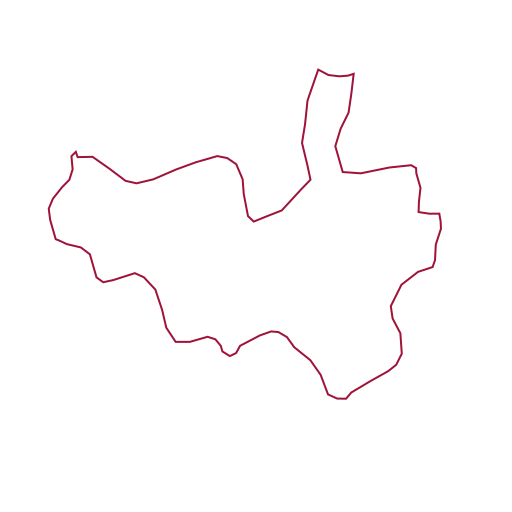 SVG path tracing the border of Sarajevo, rotated 254°
{"feature_id": "BIH-2890", "entity_name": "Sarajevo", "entity_type": "Canton", "adm_level": 1, "iso_a3": "BIH", "parent_name": "Bosnia and Herzegovina", "parent_adm1": "", "projection": "equal_earth", "projection_center": [18.322, 43.843], "detail": "fine", "context": "isolated", "style": "outline", "palette": "rose", "viewbox_px": 512, "rotation_deg": 254, "n_neighbors": 0, "source": "natural_earth", "source_scale": "10m", "svg_char_len": 1553}
<svg xmlns="http://www.w3.org/2000/svg" viewBox="0 0 512 512"><g transform="rotate(254 256 256)"><path d="M405.8,111.5L400.2,111.8L396.4,126.2L380.3,139.2L364.2,151.3L358.8,161.2L358.0,178.2L361.2,203.2L362.7,224.2L362.7,246.3L358.1,255.3L349.7,262.3L333.5,264.3L318.9,261.3L296.6,259.3L289.7,263.3L291.2,277.3L292.7,293.3L307.4,317.4L314.3,329.4L328.9,330.4L352.0,331.4L369.0,339.4L391.3,348.4L418.0,367.2L416.5,368.8L410.0,375.5L405.7,385.8L404.0,394.2L404.2,400.1L386.0,392.5L368.3,384.5L355.1,372.5L339.7,362.5L329.0,362.5L312.8,362.5L306.6,379.5L304.3,408.6L300.5,430.2L296.4,434.1L291.2,432.9L276.2,432.9L263.8,427.8L263.6,427.7L253.4,424.4L248.8,434.5L246.2,443.9L244.7,443.7L238.4,443.0L233.2,441.8L231.2,441.3L229.3,440.0L217.5,432.0L202.6,426.9L196.7,422.7L196.5,418.0L196.1,407.4L188.3,387.9L188.2,387.8L174.6,375.4L170.7,371.8L169.5,371.6L158.3,370.1L145.7,372.7L142.0,373.5L139.2,372.9L121.9,369.2L112.8,360.8L108.9,351.4L104.7,333.5L104.3,332.0L103.8,329.9L98.5,309.9L94.1,303.4L94.0,303.2L96.6,294.7L103.1,287.1L123.9,285.4L140.9,279.5L157.8,267.6L169.5,263.4L176.7,256.6L179.3,249.8L178.6,238.0L174.1,216.0L169.3,211.2L168.2,210.1L167.0,203.3L173.5,197.4L179.3,197.4L187.1,194.0L191.7,187.2L191.7,168.6L195.6,155.1L211.8,150.0L230.0,150.9L251.5,150.0L266.4,142.4L272.9,134.8L272.2,112.0L272.9,101.9L279.4,96.8L293.0,96.8L303.4,96.8L312.5,90.0L319.6,77.4L325.5,70.6L327.4,68.1L338.5,68.1L347.5,68.1L358.6,69.8L367.0,76.5L375.5,88.4L380.7,97.6L389.8,103.6L402.8,106.1L405.8,111.5Z" fill="none" stroke="#9f1239" stroke-width="2"/></g></svg>